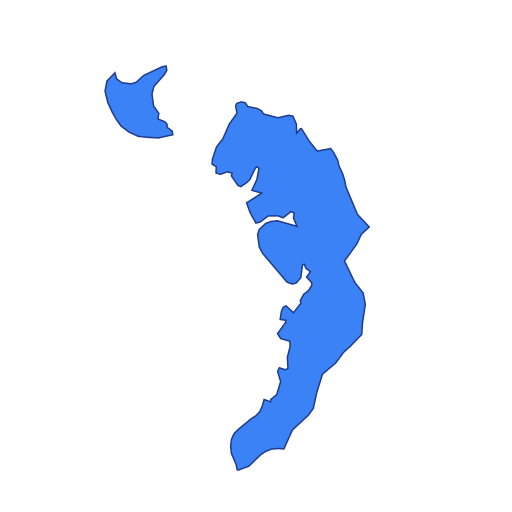 Nampo City, P'yŏngan-namdo, North Korea (Mercator projection), rotated 79°
{"feature_id": "82179303B45638248322590", "entity_name": "Nampo City", "entity_type": "district", "adm_level": 2, "iso_a3": "PRK", "parent_name": "North Korea", "parent_adm1": "P'yŏngan-namdo", "projection": "mercator", "projection_center": [125.376, 38.709], "detail": "fine", "context": "isolated", "style": "filled", "palette": "blue", "viewbox_px": 512, "rotation_deg": 79, "n_neighbors": 0, "source": "geoboundaries", "source_scale": "gbopen_adm2", "svg_char_len": 2322}
<svg xmlns="http://www.w3.org/2000/svg" viewBox="0 0 512 512"><g transform="rotate(79 256 256)"><path d="M450.7,265.5L433.7,253.4L422.2,234.9L416.5,228.8L402.0,222.6L384.7,213.3L376.1,198.0L367.5,188.7L361.8,179.5L353.2,167.2L341.6,164.1L324.3,157.9L312.7,157.9L301.0,164.0L289.4,167.0L277.8,170.1L263.4,154.7L254.8,148.5L249.1,139.3L234.5,148.5L220.0,151.5L205.5,154.5L198.5,154.5L192.1,155.2L183.0,157.4L177.5,157.5L168.8,160.2L164.6,162.3L164.8,163.6L164.7,170.4L164.7,175.9L153.0,182.0L139.6,187.1L139.6,188.2L140.2,188.9L143.2,192.7L134.1,191.2L125.7,193.1L124.1,197.3L124.5,208.1L117.9,221.7L114.7,222.7L111.5,226.5L107.7,235.6L103.5,237.3L101.9,241.2L102.6,245.7L104.6,247.3L112.2,247.4L121.3,257.0L134.7,266.2L141.3,273.9L152.8,280.4L157.5,281.6L160.7,278.0L166.9,279.4L169.0,275.4L167.9,268.2L170.1,263.5L172.6,264.9L183.4,260.2L185.0,257.6L182.1,251.0L179.8,247.5L169.8,240.0L168.5,238.4L170.6,236.4L181.0,240.5L190.7,247.5L192.6,243.9L195.3,238.4L198.5,246.1L202.0,255.1L212.4,253.5L223.7,249.8L223.5,245.6L219.0,236.4L220.8,226.7L223.7,222.1L219.2,213.4L220.9,210.3L226.0,212.0L234.7,210.1L225.4,228.4L225.0,234.9L225.9,240.4L230.5,247.6L235.1,250.3L247.8,251.1L254.9,248.9L262.7,244.5L287.5,230.6L290.5,225.7L290.1,221.5L285.8,216.2L273.4,212.0L273.4,210.1L277.6,209.4L280.0,207.2L281.8,205.6L286.4,210.4L292.5,206.6L295.3,206.7L299.9,211.0L302.7,216.5L308.3,221.1L310.9,220.9L318.8,230.0L310.6,236.1L311.5,239.0L315.1,241.6L322.9,244.4L324.8,239.0L326.9,239.6L336.3,249.7L341.8,247.5L346.1,239.0L351.6,239.9L361.3,244.5L371.5,246.0L372.5,246.1L373.2,249.0L370.2,254.4L373.3,256.8L384.0,255.8L396.0,262.1L399.0,267.6L399.5,268.7L401.9,269.5L398.4,275.4L404.7,278.6L409.7,282.1L412.9,286.8L414.9,291.9L423.0,306.8L426.2,311.5L431.2,315.0L437.8,317.2L445.0,317.8L456.9,315.3L462.1,315.3L462.8,314.4L461.0,303.2L451.9,289.3L449.7,284.0L448.5,277.9L449.2,271.0L450.7,265.5ZM49.2,359.5L55.8,368.9L65.3,372.7L77.1,372.2L87.0,369.8L95.4,367.0L102.8,363.6L110.2,356.9L116.1,348.7L119.0,339.1L121.5,329.0L121.3,323.2L121.1,314.5L117.4,314.4L112.8,318.7L109.7,318.2L106.8,319.9L102.8,326.1L97.4,324.2L90.0,327.6L89.3,327.9L77.1,327.2L70.1,323.9L60.7,311.7L56.9,308.2L52.5,307.9L52.2,311.5L57.3,331.7L62.6,340.4L63.2,345.7L60.2,354.7L55.4,359.1L49.2,359.5Z" fill="#3b82f6" stroke="#1e3a8a" stroke-width="1.5"/></g></svg>